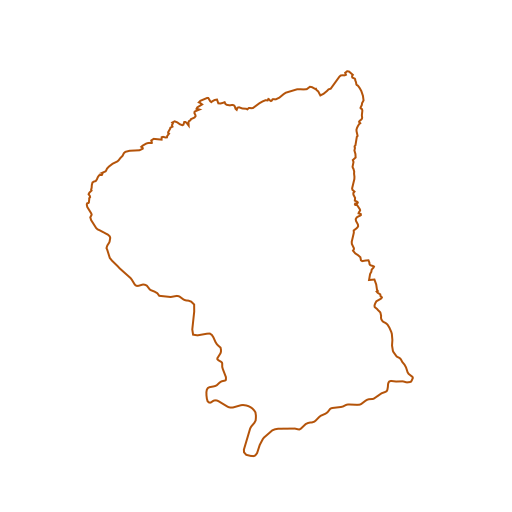 outline of Bamingui-Bangoran, rotated 100°
{"feature_id": "CAF-806", "entity_name": "Bamingui-Bangoran", "entity_type": "Prefecture", "adm_level": 1, "iso_a3": "CAF", "parent_name": "Central African Republic", "parent_adm1": "", "projection": "robinson", "projection_center": [20.535, 8.397], "detail": "fine", "context": "isolated", "style": "outline", "palette": "amber", "viewbox_px": 512, "rotation_deg": 100, "n_neighbors": 0, "source": "natural_earth", "source_scale": "10m", "svg_char_len": 6091}
<svg xmlns="http://www.w3.org/2000/svg" viewBox="0 0 512 512"><g transform="rotate(100 256 256)"><path d="M275.1,124.8L276.4,125.6L279.7,129.6L282.1,130.4L284.0,130.7L285.0,130.5L285.7,130.2L287.2,127.5L288.0,126.6L289.7,124.1L290.3,123.6L293.2,122.4L295.0,122.2L296.1,121.8L296.7,121.5L298.0,120.3L298.7,119.3L299.5,116.7L300.2,115.4L300.8,114.5L303.4,112.2L307.3,109.6L309.1,108.7L315.1,107.1L320.5,106.5L325.7,104.7L326.7,104.0L330.3,100.3L330.7,99.7L331.5,97.0L331.9,96.3L332.6,95.4L335.0,93.5L337.2,90.9L339.7,88.9L344.2,86.5L345.6,85.2L347.9,80.9L348.5,80.5L349.1,80.4L351.8,81.1L352.8,81.5L353.4,82.5L354.2,85.1L354.3,86.1L354.0,88.6L354.0,90.0L355.3,96.2L355.6,101.3L356.0,102.2L356.5,103.0L357.6,103.5L359.2,103.7L362.1,103.4L365.0,103.4L366.5,103.9L367.5,105.2L369.4,108.5L376.0,115.2L376.5,116.1L377.5,120.1L378.3,121.6L379.5,123.0L383.5,126.7L384.4,128.1L385.0,130.5L386.1,138.9L386.5,140.4L387.2,141.7L389.1,144.2L389.9,146.0L392.3,154.0L392.9,155.5L393.8,156.5L396.9,158.1L398.2,159.1L399.3,160.3L402.1,164.5L403.7,165.9L407.8,168.7L409.0,169.8L410.2,172.0L410.6,173.8L411.5,175.9L412.9,177.9L418.2,181.8L419.3,183.1L419.4,184.3L419.2,187.8L422.3,204.3L423.4,207.3L424.9,209.7L433.4,216.6L435.1,217.5L441.4,219.5L449.9,220.7L451.7,221.6L452.9,222.5L453.5,223.6L453.8,226.6L453.5,231.1L451.4,233.7L448.8,234.3L426.9,231.8L424.8,231.1L420.5,228.6L418.0,227.8L415.5,228.0L413.1,228.4L410.1,229.4L409.3,230.1L408.3,231.1L406.8,233.1L405.9,235.0L405.2,237.3L404.9,239.6L405.0,242.8L405.2,243.8L405.7,245.2L409.2,252.4L409.7,255.1L409.6,256.8L409.3,257.9L405.5,267.7L405.1,269.4L405.2,270.9L405.6,272.2L406.4,273.3L407.9,274.8L408.4,275.7L408.4,276.9L407.5,278.4L405.1,279.6L401.8,280.6L398.7,281.2L396.2,281.2L394.4,280.5L393.3,279.1L391.8,275.1L391.0,273.4L390.0,272.1L387.3,270.1L386.0,268.9L385.2,267.7L384.1,265.0L383.6,264.3L382.6,264.2L380.5,264.6L373.0,269.1L371.1,270.0L367.8,270.6L366.9,271.0L366.3,271.9L365.2,274.9L364.4,276.1L363.4,276.3L358.0,274.1L356.4,273.9L354.5,274.2L352.4,275.0L350.9,277.5L349.7,279.2L347.7,281.0L343.4,283.9L341.4,285.8L340.4,288.0L341.0,290.7L344.3,299.8L344.4,304.3L339.4,306.0L321.5,307.2L314.5,308.5L312.2,311.9L311.7,314.8L311.9,317.1L311.7,318.9L311.2,320.3L309.2,324.3L309.0,325.8L309.1,327.2L311.2,332.9L312.0,344.4L309.8,346.7L308.7,349.7L307.9,353.6L307.4,354.8L304.2,358.3L303.7,359.9L303.6,361.7L303.9,362.8L305.6,366.2L306.0,367.3L306.1,368.5L305.8,369.5L305.1,370.5L300.9,374.2L299.6,375.6L291.8,388.2L290.1,390.4L285.4,397.3L284.7,398.0L283.4,399.6L275.5,403.7L274.2,404.6L272.3,404.4L271.1,404.1L268.5,403.0L267.4,402.7L263.5,402.7L262.1,403.4L260.8,405.3L257.8,414.5L257.3,416.6L256.2,418.3L249.3,424.6L246.7,425.9L244.2,425.1L243.6,425.1L242.5,425.8L237.0,430.7L235.0,431.5L234.2,431.6L233.4,431.4L232.9,430.2L232.3,429.9L228.6,430.1L228.1,430.3L226.8,429.6L225.7,430.1L224.2,431.6L222.6,431.1L220.1,429.3L219.2,429.9L217.4,429.7L214.6,430.0L212.0,429.8L210.8,428.5L210.1,426.9L208.2,426.0L205.9,425.5L203.9,424.6L203.4,424.0L203.0,421.9L201.6,421.5L200.8,421.5L200.8,421.9L198.8,418.9L198.1,418.5L195.8,417.9L193.5,416.4L190.0,413.2L186.9,408.9L185.6,407.9L183.1,406.6L180.5,404.8L177.7,404.0L176.1,402.7L174.3,398.7L172.1,389.1L170.0,386.2L169.5,386.2L169.0,386.6L168.4,387.9L167.0,386.8L164.4,383.7L163.8,382.6L163.3,381.3L162.8,378.3L162.2,378.3L160.4,379.2L158.4,377.1L157.8,369.2L155.4,369.5L154.8,368.2L155.0,365.6L154.6,364.3L153.3,364.3L150.6,362.9L150.1,363.9L149.3,364.0L145.7,362.7L144.5,362.6L143.1,360.7L141.7,361.5L139.9,360.9L139.2,361.7L137.5,359.5L138.1,356.7L139.5,353.8L140.0,351.2L139.3,350.3L136.5,349.9L136.3,348.7L137.1,347.3L139.2,345.0L136.1,345.7L134.9,345.5L133.8,344.2L132.6,343.9L130.3,340.6L128.8,339.8L127.8,340.1L125.9,341.5L124.5,341.5L124.0,340.9L121.6,337.2L121.3,340.1L119.8,339.6L116.1,335.4L114.8,337.9L114.6,338.9L112.8,337.7L108.8,331.5L108.7,330.4L111.6,327.9L112.2,326.7L111.3,326.0L109.6,323.9L108.7,321.6L112.2,319.6L112.0,317.5L110.9,315.1L110.0,313.6L111.6,312.5L112.2,311.1L112.2,307.9L111.6,306.4L111.3,305.2L111.5,303.9L112.3,302.9L114.6,301.7L115.4,300.4L113.2,300.0L112.5,298.5L113.1,295.1L112.7,291.1L113.1,290.0L111.6,288.9L111.3,287.8L111.3,286.4L110.8,284.7L104.9,279.1L102.6,276.3L100.9,273.6L100.8,271.6L99.2,271.1L99.4,270.4L100.3,269.4L100.8,268.2L100.3,267.5L98.8,266.9L98.5,265.9L98.4,264.3L98.2,263.6L96.0,260.5L91.8,256.9L90.0,255.0L84.7,244.5L84.1,241.5L83.7,238.1L82.9,235.0L80.0,232.3L80.0,230.2L81.2,226.7L80.9,226.0L82.0,225.3L83.1,223.3L86.7,220.5L84.5,217.6L81.1,214.7L79.3,213.5L78.3,211.5L64.9,205.0L63.5,203.9L63.0,202.2L62.7,200.1L61.9,198.9L60.1,200.0L58.2,198.3L58.2,196.4L60.8,192.1L61.8,192.6L62.8,192.5L63.6,192.0L64.2,189.5L64.8,189.0L65.7,188.8L67.5,187.7L69.7,186.9L70.1,186.5L70.4,185.5L71.1,184.6L72.8,182.9L75.3,180.9L79.7,178.5L84.1,177.1L87.1,178.1L88.8,178.0L91.8,178.8L92.4,178.6L93.0,177.1L94.4,176.5L99.0,176.2L101.3,175.5L102.4,175.5L103.7,176.3L104.9,177.4L106.0,177.8L107.1,176.4L108.3,177.4L110.3,178.2L112.4,178.8L114.3,179.0L115.8,178.6L120.1,176.8L121.1,177.4L129.7,177.3L130.7,177.9L131.4,177.9L132.4,177.3L135.0,177.4L138.3,175.8L141.7,175.0L144.7,177.3L146.5,176.3L151.4,176.4L152.4,175.9L153.0,175.3L155.7,174.0L158.0,173.7L160.9,172.8L163.2,172.5L172.7,173.1L174.1,172.5L175.5,170.2L177.1,171.1L178.7,170.7L181.6,168.5L184.3,168.3L185.0,165.8L185.4,165.2L185.8,165.0L186.7,165.5L187.1,167.4L187.8,167.6L188.5,167.1L188.3,165.7L188.6,165.0L191.9,161.9L192.8,161.4L193.7,161.6L195.2,162.3L196.2,162.4L196.4,160.2L197.4,159.8L198.2,160.5L199.2,162.0L200.5,163.5L202.4,164.2L204.1,163.6L207.3,161.1L208.9,160.6L210.1,161.0L211.4,161.9L213.9,164.2L216.1,163.7L225.4,164.2L227.5,163.7L231.4,160.9L232.5,160.8L233.9,161.4L236.2,158.7L237.5,155.6L239.1,153.0L242.0,151.9L242.6,150.5L241.5,147.5L240.7,144.5L242.8,143.2L244.1,142.9L245.0,142.1L245.4,140.9L245.5,139.3L245.9,138.0L246.9,138.2L249.3,139.7L251.6,139.7L253.5,140.4L254.3,140.5L260.0,140.5L258.6,135.3L263.1,132.7L268.2,131.0L269.3,130.0L270.1,131.0L271.1,129.8L272.2,127.0L274.0,126.3L274.6,125.1L275.1,124.8Z" fill="none" stroke="#b45309" stroke-width="2"/></g></svg>